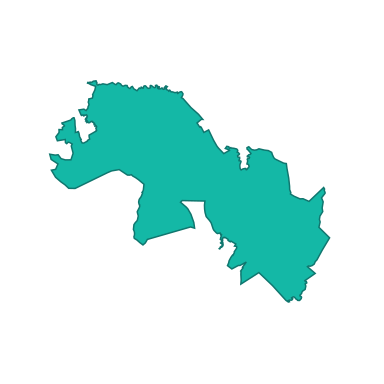 Auru pag., Dobele, Latvia (Albers equal-area conic projection), rotated 342°
{"feature_id": "27541924B19502695969152", "entity_name": "Auru pag.", "entity_type": "district", "adm_level": 2, "iso_a3": "LVA", "parent_name": "Latvia", "parent_adm1": "Dobele", "projection": "albers", "projection_center": [23.233, 56.585], "detail": "fine", "context": "isolated", "style": "filled", "palette": "teal", "viewbox_px": 384, "rotation_deg": 342, "n_neighbors": 0, "source": "geoboundaries", "source_scale": "gbopen_adm2", "svg_char_len": 5955}
<svg xmlns="http://www.w3.org/2000/svg" viewBox="0 0 384 384"><g transform="rotate(342 192 192)"><path d="M249.6,326.4L250.8,326.5L250.8,326.0L250.0,325.4L250.0,325.0L251.2,324.9L253.1,325.6L253.9,325.5L254.8,324.7L254.0,323.9L254.0,323.4L255.9,323.0L257.0,323.8L257.9,326.1L258.7,326.8L258.9,327.6L259.3,327.9L260.8,328.4L262.9,327.2L263.7,325.9L263.5,325.1L262.6,324.3L262.7,323.5L264.8,322.5L265.6,321.2L266.7,320.4L269.5,319.6L271.1,316.8L271.2,316.2L271.2,314.4L273.1,313.9L273.1,312.5L272.2,312.2L271.9,311.2L284.0,307.5L278.7,298.7L279.8,298.3L281.4,299.1L283.6,299.1L286.0,298.3L287.7,296.3L289.8,295.2L297.8,287.6L308.7,278.1L301.8,264.8L304.6,260.1L304.7,257.5L306.2,254.5L310.3,251.0L310.8,247.5L313.7,241.9L313.4,237.6L318.1,234.4L318.4,233.6L318.3,230.9L319.0,230.2L318.6,228.4L300.4,237.1L295.5,232.7L292.6,231.9L287.7,227.5L285.0,224.3L285.8,223.1L285.6,220.0L286.6,216.6L288.3,208.5L289.6,198.9L290.5,194.1L288.1,192.9L281.3,186.4L280.6,185.2L280.3,183.9L280.0,181.3L280.0,178.9L277.4,176.2L273.8,174.5L269.0,171.6L266.5,171.9L264.3,171.5L261.8,170.0L260.0,166.5L258.0,166.8L257.6,168.2L258.4,169.5L260.0,173.5L259.2,174.2L257.6,174.1L255.6,175.0L255.6,175.6L256.9,175.9L257.4,176.9L256.6,177.8L255.6,177.4L254.7,177.8L254.6,178.1L254.6,179.6L252.9,182.3L254.2,183.3L254.2,185.5L250.9,187.7L250.3,187.4L250.4,186.3L249.9,186.0L247.5,185.8L245.5,186.2L245.0,184.7L245.5,182.1L246.0,180.8L248.0,178.3L247.9,177.5L246.4,176.8L246.5,176.3L247.6,175.1L248.0,173.7L246.6,173.1L246.4,172.6L246.7,171.4L248.3,171.1L248.9,170.5L248.3,168.9L247.3,168.1L248.3,166.8L248.3,166.0L247.8,164.9L245.4,163.4L242.7,162.2L242.6,161.8L241.3,162.0L241.0,161.5L241.0,160.3L239.2,159.3L237.1,160.9L240.3,163.4L240.5,164.0L234.1,165.3L230.8,158.6L229.9,156.2L228.5,149.4L227.0,138.1L221.7,139.0L220.8,133.5L220.4,132.6L219.7,132.9L219.4,132.6L218.1,127.9L223.3,125.8L224.7,126.3L222.2,120.1L217.1,111.4L212.4,100.5L211.1,99.0L213.1,97.1L213.8,95.9L213.2,93.6L212.7,93.2L210.9,93.2L208.9,93.9L208.7,93.5L209.0,93.0L209.0,92.5L206.5,92.3L204.5,90.8L203.1,90.3L202.3,88.3L201.1,88.9L200.7,87.8L199.8,87.2L199.4,86.4L199.9,84.8L201.1,84.2L200.0,83.0L198.0,84.1L198.2,85.2L198.0,85.5L196.7,85.6L196.0,84.9L196.2,84.4L195.9,84.0L195.1,83.7L194.3,84.2L192.4,83.7L191.7,83.1L191.4,82.7L191.6,82.2L192.9,82.6L193.4,82.2L193.4,81.8L191.6,80.7L191.7,79.9L191.5,79.5L190.2,79.4L189.6,81.1L188.8,81.3L188.1,80.9L186.4,78.4L185.7,77.9L184.9,78.2L184.7,80.0L183.0,80.1L181.8,79.4L180.6,76.7L179.4,76.3L178.5,76.8L177.9,78.1L177.3,78.1L176.1,76.6L175.2,77.6L174.0,76.8L171.0,78.7L168.6,76.0L167.9,73.2L166.8,73.2L165.2,74.4L164.8,74.3L164.1,73.6L163.2,72.3L163.2,70.7L161.4,69.9L159.1,70.1L158.0,68.9L157.5,67.2L155.8,65.5L154.8,65.4L153.0,66.4L152.0,65.8L150.1,63.3L144.5,63.7L140.7,61.6L138.2,61.6L136.9,60.9L135.7,61.3L135.1,60.9L134.8,60.3L135.4,58.3L134.9,57.7L135.2,56.9L135.1,56.6L132.3,56.1L130.9,56.7L130.1,56.7L129.8,56.2L128.8,56.6L128.2,55.9L127.8,56.2L126.7,55.6L126.3,56.2L127.4,56.9L129.0,58.7L133.0,61.7L131.2,64.9L127.5,68.8L127.6,69.7L126.3,71.9L122.6,71.6L121.8,73.5L121.1,74.4L121.1,77.0L119.4,78.9L118.9,80.1L116.4,81.8L114.8,79.8L109.8,79.0L110.3,84.3L110.5,85.0L111.3,84.8L112.6,85.4L112.7,85.6L112.3,85.9L112.5,86.2L113.0,86.2L113.3,85.6L114.7,86.1L115.4,85.9L115.7,86.3L115.9,87.4L115.2,88.0L115.1,88.7L114.8,88.6L113.7,89.2L113.8,89.5L114.2,89.4L114.0,89.6L114.2,89.9L114.0,90.3L113.4,90.2L113.7,90.7L113.2,91.2L113.7,91.5L113.1,91.8L113.4,92.0L113.3,92.4L114.0,92.5L113.7,93.1L114.1,93.0L114.1,93.5L114.9,93.5L115.2,94.3L116.3,94.4L117.1,93.8L118.7,93.8L118.8,94.6L119.2,94.6L119.1,94.9L120.3,96.3L119.9,96.8L120.4,97.3L119.8,97.8L120.6,98.5L120.1,99.4L121.3,99.5L121.5,100.3L121.0,100.8L121.0,101.3L120.5,101.4L120.2,102.0L120.5,102.8L119.9,103.7L120.2,104.0L119.8,104.4L111.7,106.1L111.2,107.8L111.0,110.1L108.6,110.6L108.2,111.3L104.1,112.0L102.6,111.3L102.1,108.0L102.8,107.8L102.2,104.8L102.7,101.1L102.5,99.4L101.8,99.4L101.3,99.8L100.2,99.2L99.5,99.3L100.8,95.7L101.4,92.4L102.7,87.9L102.8,85.0L102.1,84.7L100.3,85.2L98.9,86.1L89.6,86.2L89.6,87.1L90.8,88.5L91.1,89.7L88.6,90.6L88.1,92.7L84.8,91.5L84.0,94.3L79.6,97.4L79.8,101.7L87.7,102.9L86.9,106.0L87.8,107.3L89.6,106.3L91.2,107.4L92.9,109.4L91.4,110.9L90.9,118.4L86.8,124.0L81.4,122.3L77.8,119.8L76.2,115.2L73.4,114.7L68.4,112.1L68.1,117.5L73.2,123.9L69.3,128.3L65.0,127.8L66.8,135.8L70.4,141.8L73.5,146.0L75.9,150.4L81.9,152.5L117.6,147.5L122.1,147.1L129.7,148.2L135.8,155.9L137.9,156.7L139.7,156.8L140.5,158.4L142.7,160.8L144.8,163.6L148.7,169.8L146.4,174.9L145.8,175.8L144.3,177.0L144.7,177.7L142.3,180.6L139.5,182.7L138.3,184.7L138.0,185.7L137.9,187.8L138.2,187.9L137.9,189.3L137.2,190.4L133.9,193.7L133.7,194.6L133.5,198.2L131.5,201.6L130.8,202.4L128.6,203.6L126.7,205.1L124.7,209.5L124.9,211.5L124.7,213.2L124.0,215.1L122.9,216.7L122.8,218.3L124.7,220.5L126.8,224.1L129.0,227.2L131.9,226.0L134.9,223.3L179.8,224.8L183.3,227.2L184.3,221.5L184.1,212.9L182.8,206.7L181.8,204.5L177.9,198.2L180.0,197.1L201.5,204.6L199.8,208.3L198.7,212.2L198.1,215.5L197.9,219.8L199.8,224.4L200.6,226.9L200.7,228.5L200.7,233.6L201.0,235.2L202.6,238.5L203.4,239.4L206.1,239.7L206.5,241.3L206.9,241.8L206.7,242.0L206.1,241.5L206.2,243.0L205.2,244.2L204.8,245.2L204.3,245.6L205.3,247.5L204.0,249.1L203.4,249.3L203.5,249.6L204.8,250.0L204.4,250.7L204.2,252.4L201.9,253.1L201.4,253.8L200.4,254.3L200.8,254.7L202.2,253.6L203.1,253.7L204.8,252.7L205.5,251.1L205.3,250.7L205.7,249.7L205.4,248.4L206.1,247.9L206.4,246.8L206.3,246.2L207.7,244.9L208.5,245.5L209.2,245.2L211.7,248.2L211.3,249.2L213.0,251.2L213.9,250.8L217.6,255.0L215.7,256.6L217.6,257.5L217.4,258.5L217.0,259.3L213.7,261.9L213.5,262.8L211.4,264.8L211.1,264.5L208.9,266.1L206.1,268.8L204.9,270.8L203.0,273.0L206.1,277.5L213.3,276.2L215.0,276.7L222.0,275.4L216.7,279.2L217.1,279.9L213.9,282.2L214.1,282.5L213.0,285.6L211.6,290.8L210.0,294.7L230.7,289.3L239.6,305.8L247.8,324.0L249.6,326.4Z" fill="#14b8a6" stroke="#0f766e" stroke-width="1.5"/></g></svg>